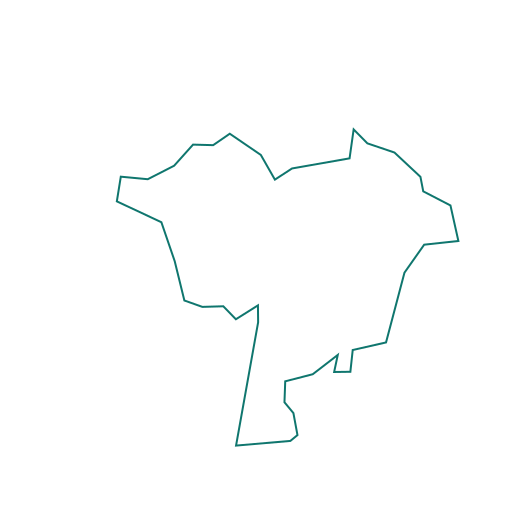 outline of Taliaferro, Georgia, United States of America, rotated 216°
{"feature_id": "52423323B2768857989995", "entity_name": "Taliaferro", "entity_type": "district", "adm_level": 2, "iso_a3": "USA", "parent_name": "United States of America", "parent_adm1": "Georgia", "projection": "mercator", "projection_center": [-82.883, 33.586], "detail": "fine", "context": "isolated", "style": "outline", "palette": "teal", "viewbox_px": 512, "rotation_deg": 216, "n_neighbors": 0, "source": "geoboundaries", "source_scale": "gbopen_adm2", "svg_char_len": 657}
<svg xmlns="http://www.w3.org/2000/svg" viewBox="0 0 512 512"><g transform="rotate(216 256 256)"><path d="M117.2,135.5L133.4,150.9L147.0,154.4L158.7,171.8L140.6,193.7L131.7,224.0L124.6,208.1L111.6,217.8L122.5,236.8L100.0,262.5L126.1,329.8L126.6,364.0L101.1,387.1L128.4,411.2L158.7,406.6L169.5,416.7L204.8,421.1L232.1,412.6L251.4,415.8L237.7,390.0L278.3,348.0L285.6,328.9L311.5,340.6L349.1,339.5L355.8,320.5L372.4,309.1L375.3,280.9L388.7,254.5L412.0,240.7L400.7,218.4L352.4,227.7L318.7,204.0L287.8,177.9L269.5,183.3L252.9,196.1L235.1,193.0L225.4,217.2L215.3,203.6L160.7,90.9L119.5,126.6L117.2,135.5Z" fill="none" stroke="#0f766e" stroke-width="2"/></g></svg>